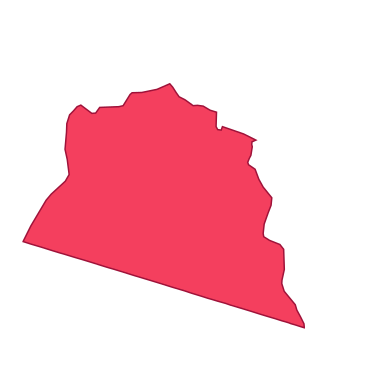 outline of Nara, Koulikoro, Mali, rotated 197°
{"feature_id": "8926073B7074311745372", "entity_name": "Nara", "entity_type": "district", "adm_level": 2, "iso_a3": "MLI", "parent_name": "Mali", "parent_adm1": "Koulikoro", "projection": "equal_earth", "projection_center": [-7.752, 14.805], "detail": "fine", "context": "isolated", "style": "filled", "palette": "rose", "viewbox_px": 384, "rotation_deg": 197, "n_neighbors": 0, "source": "geoboundaries", "source_scale": "gbopen_adm2", "svg_char_len": 1567}
<svg xmlns="http://www.w3.org/2000/svg" viewBox="0 0 384 384"><g transform="rotate(197 192 192)"><path d="M146.1,260.3L159.6,262.6L173.0,263.1L182.0,263.4L182.2,259.7L185.7,259.2L188.1,261.6L191.9,275.5L198.6,275.5L206.4,277.4L212.0,276.5L216.2,274.9L225.5,278.1L232.2,279.3L236.3,282.5L241.1,286.6L244.9,289.0L255.5,279.9L269.1,272.5L278.3,269.4L279.7,267.2L283.1,254.4L286.9,252.2L305.0,245.9L307.2,239.3L310.8,237.9L323.7,242.6L326.8,240.0L329.1,234.8L331.6,230.0L331.7,220.8L329.5,212.5L325.9,195.7L320.8,186.6L314.6,172.8L316.3,165.3L326.0,148.8L329.1,141.5L336.2,112.4L339.0,95.6L339.0,95.2L337.3,95.2L330.6,95.1L320.5,95.2L308.2,95.1L299.9,95.1L296.8,95.2L296.2,95.2L293.2,95.2L290.9,95.2L285.0,95.2L284.8,95.2L276.4,95.3L267.1,95.3L255.9,95.2L254.4,95.2L249.8,95.2L244.1,95.3L239.0,95.3L237.6,95.3L222.5,95.2L206.0,95.3L198.1,95.3L197.7,95.3L183.9,95.2L183.5,95.2L170.4,95.3L163.0,95.1L161.3,95.1L152.3,95.1L145.7,95.0L141.3,95.1L136.5,95.1L136.0,95.1L127.4,95.3L122.0,95.1L109.5,95.2L106.7,95.2L100.6,95.2L100.4,95.2L92.3,95.1L88.2,95.1L83.7,95.1L75.5,95.2L68.2,95.1L65.0,95.2L60.9,95.2L59.1,95.0L54.8,95.1L48.7,95.0L46.8,95.0L45.0,95.0L45.1,95.5L46.4,98.7L51.5,104.1L52.7,105.3L57.2,109.7L60.3,114.4L74.8,124.0L76.6,126.6L79.4,130.7L80.2,134.1L81.1,145.0L87.6,164.0L92.6,167.5L103.6,168.4L110.3,170.2L111.8,173.1L113.6,182.4L113.1,194.4L112.5,202.4L114.0,209.8L125.4,217.5L131.8,223.7L138.3,232.2L145.9,234.6L147.4,236.7L147.0,241.1L146.4,244.3L147.6,252.9L148.8,255.0L149.3,257.5L146.1,260.3Z" fill="#f43f5e" stroke="#9f1239" stroke-width="1.5"/></g></svg>